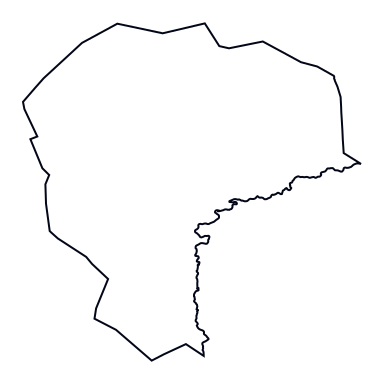 outline of Saixan, Bulgan, Mongolia
{"feature_id": "93677404B96562605257028", "entity_name": "Saixan", "entity_type": "district", "adm_level": 2, "iso_a3": "MNG", "parent_name": "Mongolia", "parent_adm1": "Bulgan", "projection": "robinson", "projection_center": [102.704, 48.597], "detail": "fine", "context": "isolated", "style": "outline", "palette": "ink", "viewbox_px": 384, "rotation_deg": 0, "n_neighbors": 0, "source": "geoboundaries", "source_scale": "gbopen_adm2", "svg_char_len": 6038}
<svg xmlns="http://www.w3.org/2000/svg" viewBox="0 0 384 384"><path d="M23.0,101.9L24.4,109.1L37.3,136.5L30.4,139.2L42.4,168.3L49.2,175.0L45.4,184.3L46.0,203.6L49.7,231.0L51.3,232.6L57.9,238.5L86.2,256.9L92.0,263.9L108.1,279.0L96.1,308.4L94.5,318.7L116.0,329.8L151.7,360.6L163.9,354.3L185.9,344.1L203.7,355.9L203.6,352.8L203.3,351.2L202.6,350.1L202.6,349.8L203.1,348.7L203.1,348.0L202.9,347.1L203.1,346.5L203.1,346.1L202.4,344.5L202.3,343.8L202.4,343.2L202.6,342.8L203.0,342.5L203.5,342.2L205.7,341.2L207.8,339.8L208.5,339.2L208.5,338.7L208.2,338.2L207.2,337.2L206.4,336.0L206.1,335.7L204.2,334.3L204.0,334.0L203.9,333.7L204.0,332.2L203.9,331.6L203.7,331.3L203.0,330.7L202.5,330.4L200.2,329.6L199.0,328.9L198.4,328.4L197.7,327.5L196.8,325.6L197.7,324.2L197.7,323.6L197.3,322.9L195.7,321.1L195.7,320.8L195.7,320.1L196.1,319.2L196.5,318.6L196.4,315.7L196.7,315.2L196.9,313.9L197.4,312.9L197.4,312.6L197.1,311.4L197.2,311.1L197.8,310.7L198.0,310.4L198.0,310.1L197.8,309.9L197.5,309.7L196.9,309.6L196.6,309.4L196.6,309.2L196.8,308.3L197.0,308.0L197.1,307.3L197.3,306.5L197.0,304.8L196.8,304.4L196.2,304.0L195.8,303.0L194.6,302.1L194.1,301.3L194.1,301.0L194.8,299.6L194.9,299.4L194.9,299.1L194.6,298.1L194.5,296.9L194.0,296.3L194.0,294.9L194.3,293.7L195.3,292.1L195.7,291.5L196.4,291.0L198.1,290.5L198.3,290.4L198.5,290.2L198.5,289.7L198.4,288.7L198.5,288.5L198.5,288.2L198.4,288.0L198.0,288.0L197.2,288.5L197.1,288.3L197.4,287.8L197.3,284.3L197.3,282.6L197.5,281.9L197.3,279.7L197.2,279.2L196.5,278.0L196.5,277.5L196.5,277.1L196.7,276.5L197.2,275.6L197.4,274.9L197.6,274.6L197.9,274.3L198.1,273.7L198.0,273.0L197.8,272.6L196.8,271.7L196.7,271.1L196.7,270.9L197.0,270.7L197.2,270.4L197.5,269.2L197.6,268.8L197.6,268.5L197.8,267.8L197.8,267.3L197.9,266.0L197.7,265.3L197.8,264.8L198.0,264.5L198.2,264.3L198.6,264.3L198.7,264.8L198.9,264.8L199.0,264.7L199.1,263.7L199.4,263.1L199.4,262.7L199.4,262.3L199.2,262.1L198.6,261.9L197.2,261.7L196.8,261.2L196.9,260.6L197.0,260.3L197.7,259.2L198.3,258.6L198.7,258.0L198.7,257.6L198.4,256.6L198.1,256.3L197.6,256.2L195.6,255.9L195.4,255.8L195.3,255.6L195.2,255.3L195.3,254.7L196.1,253.7L196.3,253.1L196.8,251.0L196.8,250.6L196.6,250.1L196.6,249.3L196.4,249.0L195.8,248.4L195.6,248.1L195.6,247.5L195.6,246.9L196.1,245.8L196.5,245.5L198.6,244.5L199.8,243.7L200.7,243.2L201.5,243.1L202.4,243.1L204.0,243.4L205.7,243.8L206.3,243.8L206.8,243.7L207.2,243.4L208.1,242.2L208.2,241.8L208.2,240.0L208.3,239.7L208.9,239.0L208.9,238.5L209.3,237.5L209.4,237.0L209.3,236.5L209.0,236.1L208.7,235.9L208.3,235.8L206.8,236.0L205.2,235.9L204.6,236.0L203.6,236.6L201.8,237.3L201.4,237.4L200.9,237.3L200.4,237.1L199.9,236.7L199.6,236.3L199.5,235.7L199.3,235.5L197.0,233.3L195.6,232.5L195.2,232.1L195.0,231.5L195.1,230.5L195.7,229.9L197.0,229.2L197.9,228.4L198.3,227.8L198.5,226.9L198.5,226.5L198.3,225.5L198.5,224.8L198.8,224.4L199.1,224.2L199.5,224.0L200.2,223.9L200.6,223.9L202.2,224.2L202.7,224.1L204.2,223.6L205.2,223.5L206.5,223.6L207.2,224.0L208.3,224.1L209.0,223.9L210.5,223.1L213.6,221.9L214.2,221.6L216.2,219.9L218.6,218.3L219.0,217.4L219.0,216.1L218.7,215.2L218.4,214.9L216.7,213.8L215.9,213.0L215.6,212.8L215.3,212.7L215.1,212.5L215.0,212.1L215.1,211.6L215.3,211.1L215.7,210.7L216.3,210.3L217.0,210.2L218.9,210.5L219.1,210.6L218.6,210.9L217.2,211.1L217.6,211.2L218.9,211.2L220.2,211.0L221.7,210.6L223.5,210.1L224.4,209.6L225.1,209.4L226.3,209.4L227.0,209.5L227.3,209.7L229.4,209.8L229.9,209.4L231.3,209.0L231.7,208.6L232.1,208.0L232.4,207.3L232.5,206.8L232.4,205.4L232.6,205.1L233.2,204.6L233.9,204.2L234.5,204.2L236.4,204.3L236.6,204.2L236.8,203.8L236.9,203.5L236.8,203.1L236.2,202.3L235.8,202.1L235.4,202.0L234.3,202.0L233.3,202.3L232.3,202.4L231.5,202.1L229.7,202.0L229.4,201.8L229.4,201.6L229.4,201.3L229.8,201.0L234.3,199.1L235.5,199.1L236.7,199.3L237.5,199.6L237.9,199.6L238.6,199.6L239.0,199.4L240.5,200.0L241.3,200.6L242.6,200.6L244.3,201.2L245.5,201.3L246.4,201.2L247.2,201.0L247.8,200.6L249.3,199.2L250.3,198.8L252.1,199.0L253.4,199.0L254.3,198.8L255.4,198.3L256.0,197.7L256.5,197.0L256.8,196.7L257.3,196.3L257.6,196.2L258.3,196.9L258.9,197.3L259.5,197.6L260.1,197.7L261.0,197.5L262.3,197.7L262.9,197.9L264.2,199.0L264.5,199.2L266.2,199.2L267.1,198.9L267.9,198.4L269.9,197.6L270.6,197.1L271.0,196.7L271.3,195.6L272.0,194.9L272.4,194.7L273.0,194.7L273.4,194.9L273.8,194.9L274.5,194.5L275.5,194.3L276.6,193.6L277.2,193.1L277.5,192.9L278.2,192.8L278.7,192.9L280.7,194.1L281.5,194.1L282.0,193.9L282.2,192.8L282.6,191.9L282.8,190.8L283.0,190.5L284.4,189.8L284.7,189.3L285.2,188.8L286.1,188.2L286.5,188.1L287.0,188.6L287.1,188.9L287.4,189.4L288.8,190.1L289.6,190.1L290.1,189.8L291.2,188.3L291.2,187.9L290.4,187.2L290.3,186.9L290.3,186.0L290.0,185.7L290.1,184.8L289.8,184.0L289.8,183.8L290.0,183.4L290.2,183.1L290.5,182.9L291.4,182.7L291.8,182.6L292.5,181.6L292.6,180.9L293.2,180.3L293.8,179.8L294.2,179.0L294.8,178.1L296.5,176.9L297.1,176.7L298.0,176.4L298.6,176.4L300.5,177.1L302.7,176.9L303.7,177.2L304.8,177.2L305.7,177.0L306.8,176.9L308.0,177.2L309.2,177.7L309.9,177.8L312.5,177.1L313.7,177.0L314.1,177.1L314.9,177.6L315.6,177.8L316.4,177.6L317.6,176.8L318.1,176.7L319.3,176.7L319.9,176.5L320.7,175.8L321.1,175.1L321.2,174.7L320.8,174.0L320.8,173.7L321.2,172.7L321.5,172.4L322.2,172.2L324.2,171.7L324.9,171.5L325.4,171.2L326.5,169.8L327.1,168.8L327.6,168.5L328.5,168.4L329.2,168.5L331.1,168.1L332.7,168.1L332.9,168.2L334.6,169.9L334.9,170.2L335.5,170.3L336.0,170.3L337.8,170.4L340.8,171.6L341.9,171.6L342.3,171.3L343.3,170.1L343.5,169.5L343.7,168.5L343.9,168.1L344.7,167.6L345.7,167.6L346.8,167.9L347.3,167.9L349.1,167.6L351.2,166.8L352.0,166.1L352.8,165.3L353.7,164.6L355.8,163.7L356.7,163.5L358.1,163.4L358.7,163.5L361.0,163.9L343.7,153.1L342.8,139.6L342.4,130.5L341.8,120.1L341.3,112.3L341.1,106.3L340.6,97.0L337.5,86.8L334.8,80.6L334.7,79.7L334.1,78.7L334.1,78.3L334.2,77.6L334.2,76.6L333.7,75.7L333.2,75.5L317.2,66.5L301.0,62.2L270.0,45.4L262.8,41.5L229.0,48.3L219.3,46.1L204.8,23.4L162.7,33.3L117.3,23.7L82.0,42.9L43.6,78.3L35.1,87.9L23.0,101.9Z" fill="none" stroke="#020617" stroke-width="2"/></svg>